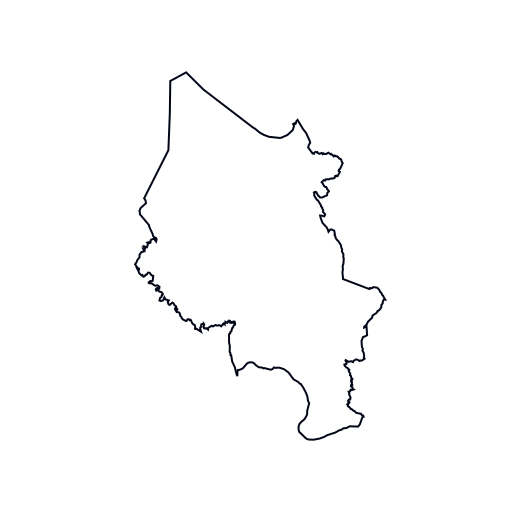 Mpulungu, Northern, Zambia, rotated 338°
{"feature_id": "96606910B10449137451116", "entity_name": "Mpulungu", "entity_type": "district", "adm_level": 2, "iso_a3": "ZMB", "parent_name": "Zambia", "parent_adm1": "Northern", "projection": "equal_earth", "projection_center": [30.995, -8.984], "detail": "fine", "context": "isolated", "style": "outline", "palette": "ink", "viewbox_px": 512, "rotation_deg": 338, "n_neighbors": 0, "source": "geoboundaries", "source_scale": "gbopen_adm2", "svg_char_len": 6138}
<svg xmlns="http://www.w3.org/2000/svg" viewBox="0 0 512 512"><g transform="rotate(338 256 256)"><path d="M295.5,445.4L295.6,444.2L294.5,443.1L294.3,441.7L290.2,439.0L289.3,436.7L288.4,436.0L287.3,433.7L286.4,433.2L286.3,431.8L284.9,429.6L285.6,428.6L285.1,427.7L286.2,427.5L286.7,426.6L287.5,427.0L287.9,426.4L287.6,425.8L287.0,425.6L287.3,424.5L288.9,423.8L289.6,424.2L290.6,422.8L290.5,419.3L291.0,418.5L291.1,416.5L292.3,416.8L293.6,415.5L294.2,416.1L296.5,416.3L295.8,415.3L296.2,413.9L295.2,412.3L295.6,411.6L296.2,412.1L297.0,411.7L297.0,410.1L297.6,409.2L297.3,408.5L297.7,408.4L297.4,407.2L297.9,406.6L298.9,406.8L299.4,406.0L298.6,404.9L299.1,402.9L298.5,401.7L299.3,400.5L298.9,397.2L299.3,396.4L299.8,396.3L299.1,395.1L299.1,394.3L298.1,393.2L297.1,391.0L297.3,389.7L299.4,390.0L300.1,388.8L299.8,386.4L300.2,386.1L302.1,388.7L305.0,389.3L306.2,390.7L306.8,390.0L309.6,389.3L311.2,390.1L312.7,392.2L313.4,391.9L314.9,392.6L318.2,391.9L317.9,390.6L318.9,389.1L319.6,385.8L319.2,383.7L320.2,382.4L320.3,379.5L322.0,374.3L325.1,371.1L326.7,371.4L329.3,371.1L332.1,362.7L329.4,362.9L329.7,362.2L332.8,361.0L335.3,358.8L340.6,356.7L341.5,355.2L342.6,354.6L345.5,354.2L347.5,353.3L348.1,352.5L349.5,352.5L351.7,351.4L353.0,350.4L353.9,348.4L355.7,347.4L356.4,345.9L357.7,344.6L358.2,344.4L359.5,344.9L359.0,342.2L359.0,340.4L358.5,339.8L358.4,337.2L357.7,335.9L357.6,333.5L356.5,330.8L353.1,328.8L351.5,329.3L349.6,328.4L349.2,329.1L348.5,328.9L328.1,310.0L330.0,303.6L331.4,301.3L332.6,297.7L334.2,295.9L336.5,291.0L336.5,289.7L337.7,287.2L337.4,283.9L338.4,282.0L338.2,280.5L338.8,277.7L337.9,273.0L337.0,271.2L336.6,269.3L336.9,268.2L336.7,265.8L337.3,265.4L338.0,261.8L335.8,259.5L334.7,259.4L332.3,260.7L332.5,258.4L332.2,255.9L330.1,250.3L330.2,245.1L330.6,242.5L332.3,243.3L333.9,244.8L335.0,244.2L335.7,243.2L334.6,240.1L335.5,238.7L335.2,236.6L335.5,236.0L334.9,234.3L335.2,233.5L334.3,227.8L333.4,226.4L332.6,221.5L333.5,220.2L333.5,218.8L334.9,218.7L335.8,219.3L336.2,223.2L336.9,224.3L337.1,225.5L338.9,226.5L344.6,226.3L346.0,224.0L347.8,223.4L347.8,222.5L347.1,221.1L347.0,218.4L346.0,217.9L345.3,216.5L345.0,213.5L344.5,212.2L347.4,211.0L348.2,211.9L349.8,211.1L352.2,212.2L354.9,212.3L356.2,213.0L358.1,213.0L359.5,211.4L360.5,211.6L360.5,212.2L361.5,212.5L365.3,209.4L364.5,208.0L365.4,207.0L366.8,206.6L371.2,202.3L370.8,201.0L371.1,198.7L370.8,197.8L370.0,197.3L368.7,194.0L367.7,193.7L366.9,192.6L365.6,192.8L365.7,191.9L364.9,191.7L363.9,189.5L363.3,189.7L361.8,187.3L359.3,187.7L357.2,186.7L356.9,186.1L356.0,186.5L355.6,185.1L353.1,185.0L352.1,183.9L351.8,182.6L351.0,182.6L350.3,181.8L348.5,182.1L348.0,182.9L346.9,182.2L345.0,174.9L346.8,172.6L348.6,171.4L348.9,169.4L348.6,161.0L347.1,155.6L345.5,145.4L343.9,146.2L342.4,148.2L341.6,148.3L341.2,147.3L339.9,147.6L340.1,148.4L339.6,150.2L337.1,153.1L330.4,155.6L323.6,155.8L322.2,155.4L312.6,150.3L308.7,146.7L305.7,143.0L302.8,137.6L301.3,135.7L269.6,82.0L260.0,59.6L242.1,61.6L229.6,91.3L214.4,125.1L173.9,160.6L174.4,163.1L173.7,165.9L167.0,168.3L164.8,170.5L164.7,172.0L164.0,173.8L168.3,187.1L168.0,189.6L168.4,196.9L168.1,199.2L168.5,200.2L170.1,202.0L170.2,203.1L168.8,205.1L167.9,201.7L164.8,201.6L163.6,202.7L163.5,203.7L162.9,204.2L161.7,204.0L161.5,203.0L160.2,202.9L160.6,203.7L160.4,204.3L158.2,207.0L157.0,206.6L157.2,206.2L156.2,205.4L156.4,206.5L155.5,206.1L155.9,206.8L155.4,208.2L155.0,208.7L154.2,207.8L154.3,209.2L153.9,208.9L153.4,209.8L151.4,209.4L148.6,211.0L147.4,213.7L144.6,215.2L142.6,217.3L140.8,218.3L141.7,223.0L142.6,223.4L142.8,224.1L142.1,225.1L141.2,223.9L141.4,226.5L141.2,227.9L142.6,231.2L143.6,231.1L143.7,232.9L144.0,233.1L145.2,233.0L146.8,232.0L147.7,232.3L149.7,231.0L151.1,231.7L151.9,234.8L153.3,235.9L151.0,240.2L150.4,240.5L148.5,239.6L146.7,240.2L146.4,240.8L146.9,241.3L148.1,240.9L148.4,242.1L149.6,243.1L150.9,245.3L151.8,246.0L153.4,246.1L155.0,248.3L154.1,249.9L152.6,248.7L151.4,248.8L150.5,249.6L150.6,250.8L152.2,250.7L153.2,252.9L154.9,254.2L155.4,256.3L154.2,256.9L154.3,257.4L153.6,257.6L153.0,258.6L151.4,258.9L149.8,261.1L151.0,262.2L153.4,262.3L155.6,260.1L155.9,262.4L158.5,264.5L157.0,265.5L156.8,267.8L157.1,268.6L157.7,269.0L160.9,267.9L161.7,268.7L162.1,271.2L163.0,272.7L162.8,275.1L163.1,276.0L162.6,276.4L161.9,275.5L161.7,274.0L161.2,274.3L161.0,275.6L161.5,278.3L163.1,279.1L163.7,279.9L163.7,282.0L163.3,283.0L163.9,284.4L164.0,286.2L164.5,287.5L166.8,290.1L167.4,290.1L168.6,289.1L170.0,289.4L170.5,290.7L171.5,290.7L171.7,294.4L172.4,296.2L173.3,296.9L173.0,299.5L172.3,300.2L172.3,300.9L173.6,301.3L176.7,305.6L176.9,302.9L177.5,301.4L178.9,301.1L179.1,299.8L179.8,298.8L181.8,299.4L182.1,298.9L182.4,299.9L180.9,302.2L180.8,303.6L181.9,304.3L182.7,304.2L183.9,306.2L184.5,304.8L188.8,304.1L189.7,305.2L192.6,304.8L193.6,305.8L196.4,306.6L197.4,308.2L198.8,307.3L199.7,307.3L200.1,306.6L200.8,306.8L201.2,307.4L201.3,306.4L202.7,306.6L202.9,306.1L203.1,306.6L203.8,306.8L204.6,306.4L204.7,306.8L205.2,306.2L206.2,306.6L206.7,306.1L206.9,306.6L207.2,306.2L207.6,306.6L207.9,307.4L207.5,307.8L208.0,307.9L207.6,308.5L208.4,309.0L208.9,308.6L209.7,309.1L209.9,308.4L210.9,308.4L211.0,309.1L211.5,309.1L211.5,309.8L211.2,309.7L210.7,310.6L211.1,310.9L210.8,311.8L209.3,312.1L207.5,313.9L206.9,313.9L205.1,316.4L204.0,316.7L203.2,318.0L202.7,317.8L201.6,318.6L198.6,326.2L198.0,329.7L195.6,335.2L195.9,336.5L195.2,338.3L195.8,338.8L194.4,344.9L194.7,351.3L193.7,358.1L193.7,360.4L195.7,355.9L196.6,354.9L197.8,355.4L201.5,355.3L207.6,352.2L209.6,352.1L212.2,352.9L213.7,354.2L215.3,357.7L216.9,360.2L219.8,361.7L220.8,363.0L221.5,362.9L227.2,367.0L229.1,367.0L230.9,366.0L232.1,367.0L235.7,368.2L239.6,371.5L242.5,376.2L244.6,384.4L248.2,389.0L248.6,390.6L249.6,391.4L250.5,395.7L251.1,401.5L251.0,405.5L250.0,409.6L250.1,412.5L245.4,418.8L244.3,421.5L243.3,422.8L240.0,425.4L235.5,426.9L233.4,428.0L231.6,430.1L230.8,431.9L230.1,435.0L234.2,444.2L236.1,445.9L240.6,447.9L246.6,449.1L251.3,449.3L254.6,448.8L263.4,449.4L267.9,448.8L270.0,449.1L272.4,448.5L275.5,449.4L279.1,449.0L286.8,452.4L289.1,451.1L294.5,445.1L295.5,445.4Z" fill="none" stroke="#020617" stroke-width="2"/></g></svg>